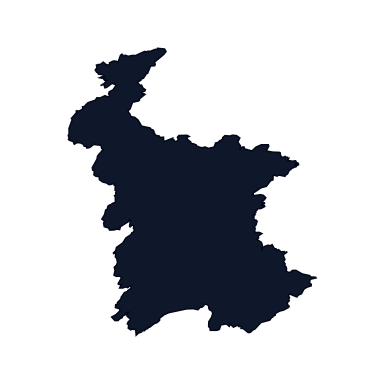 Cuautla, Jalisco, Mexico (Equal Earth projection), rotated 78°
{"feature_id": "50627088B81723111751248", "entity_name": "Cuautla", "entity_type": "district", "adm_level": 2, "iso_a3": "MEX", "parent_name": "Mexico", "parent_adm1": "Jalisco", "projection": "equal_earth", "projection_center": [-104.52, 20.204], "detail": "fine", "context": "isolated", "style": "filled", "palette": "ink", "viewbox_px": 384, "rotation_deg": 78, "n_neighbors": 0, "source": "geoboundaries", "source_scale": "gbopen_adm2", "svg_char_len": 6032}
<svg xmlns="http://www.w3.org/2000/svg" viewBox="0 0 384 384"><g transform="rotate(78 192 192)"><path d="M299.8,93.4L298.1,94.5L295.1,101.2L290.2,106.7L289.6,110.1L291.0,112.5L290.5,114.7L288.8,116.3L286.7,115.4L284.2,115.7L283.5,116.9L281.7,115.8L279.2,117.0L277.3,115.1L273.3,115.9L271.9,114.9L270.8,111.9L270.3,111.9L270.6,113.4L269.4,114.2L269.1,117.3L266.3,119.4L266.8,121.2L265.0,121.6L264.7,122.9L263.6,123.5L260.2,124.5L260.8,127.0L259.8,128.6L260.4,132.7L262.7,135.3L259.4,134.3L255.8,134.5L251.9,138.3L250.8,136.4L248.7,136.3L247.2,132.3L245.4,134.8L244.8,138.5L242.9,138.8L241.1,137.8L238.9,138.1L237.5,136.2L234.1,134.4L232.9,135.1L232.0,137.2L228.6,136.5L227.1,134.9L226.6,136.4L225.1,133.7L223.6,133.5L223.3,132.2L222.0,131.5L222.5,127.9L221.3,123.8L220.5,124.0L220.1,126.4L219.4,126.9L218.6,123.7L217.8,123.3L216.8,124.4L216.9,126.2L215.5,125.5L214.7,122.8L212.9,121.0L210.2,122.8L208.9,125.3L208.3,133.1L207.8,133.8L208.0,132.9L205.2,132.1L205.1,130.6L202.2,123.6L201.9,118.1L197.2,112.6L197.0,110.3L193.6,109.5L192.4,108.4L194.2,105.5L193.5,104.2L193.8,102.8L196.0,97.8L195.2,97.5L194.2,94.8L190.7,92.1L190.7,90.7L189.7,90.0L188.8,84.7L186.6,84.3L186.6,85.6L185.5,84.7L186.5,83.2L187.8,83.1L187.5,82.1L186.0,82.1L185.1,83.5L183.0,84.2L182.7,87.5L180.9,92.0L179.4,90.6L179.5,91.2L177.9,91.2L177.7,92.6L176.5,93.6L177.1,94.7L176.8,96.5L174.9,97.8L171.9,97.6L171.4,98.3L169.7,105.0L167.3,110.8L163.1,107.4L161.9,107.5L161.6,108.6L161.8,106.9L160.2,114.3L161.4,120.1L164.3,124.8L160.8,131.6L158.7,131.8L158.5,133.4L160.0,135.8L157.0,135.0L152.6,136.8L149.1,134.0L146.1,136.7L144.8,140.8L145.2,143.0L143.7,148.1L145.2,150.7L146.7,150.8L146.9,152.4L148.4,153.4L147.6,154.3L148.9,156.2L149.0,158.9L151.3,159.4L151.0,160.1L152.7,160.9L152.7,167.0L150.6,170.0L150.9,172.4L150.3,174.3L148.3,177.6L146.9,178.0L145.5,179.9L144.2,182.8L142.7,182.8L140.0,185.2L137.4,185.8L137.1,183.2L135.5,185.0L134.0,193.1L135.4,194.9L137.9,194.6L139.0,195.4L139.0,198.5L136.6,199.0L135.9,201.1L135.5,200.6L136.8,208.4L135.3,209.0L132.5,208.4L131.9,212.1L130.5,212.3L128.9,215.9L126.4,216.5L125.7,217.4L124.8,216.6L123.5,217.0L122.0,219.1L120.6,219.7L117.1,227.6L110.4,229.8L107.1,232.4L105.5,236.0L101.9,236.8L101.6,237.7L99.1,237.5L97.9,235.3L91.9,231.5L91.8,225.5L91.4,224.3L89.9,224.0L86.7,217.6L85.6,219.1L85.8,221.2L85.0,220.0L83.9,220.5L83.4,217.1L82.3,216.3L80.0,218.4L77.0,219.1L76.8,220.6L73.4,222.7L71.9,218.5L70.8,218.2L70.7,215.9L66.6,211.8L66.7,210.8L60.2,206.4L60.7,202.2L59.4,201.4L57.2,201.7L51.5,190.9L49.2,188.2L46.4,189.1L44.3,195.7L45.3,195.9L44.8,198.2L45.7,203.5L45.1,205.9L45.7,207.4L44.7,208.7L44.8,209.9L46.8,218.9L46.0,221.9L46.0,226.2L44.3,228.9L44.9,230.5L43.9,231.8L43.0,231.3L42.6,232.0L43.5,233.6L49.7,237.4L48.4,238.7L47.5,241.5L48.5,245.9L49.9,246.0L50.6,247.2L49.2,249.8L46.5,251.8L48.3,255.4L47.8,256.7L48.0,259.1L50.4,259.0L52.6,261.3L55.0,260.4L55.6,259.4L57.3,259.0L58.7,254.9L60.1,253.6L61.0,258.6L62.0,256.4L62.0,254.2L63.0,255.0L64.5,254.3L65.1,251.9L67.6,255.5L68.9,259.3L68.4,255.9L72.0,255.5L71.9,253.7L69.1,247.7L71.4,243.8L75.6,247.9L76.8,252.1L78.7,253.2L79.8,252.6L81.1,253.1L81.6,254.2L79.7,257.1L80.9,262.4L80.0,265.4L82.1,267.5L83.0,275.1L85.2,278.6L86.0,278.9L85.9,281.4L87.7,281.4L88.6,282.9L89.3,285.7L88.5,288.2L90.0,288.6L90.8,287.8L90.9,289.2L95.0,294.7L96.3,294.1L104.2,299.1L109.5,300.1L110.9,301.3L114.2,301.0L114.7,301.9L115.9,301.2L118.6,296.7L119.3,297.6L120.8,297.2L119.8,294.4L120.7,291.0L122.7,288.4L124.8,287.9L125.4,285.9L127.1,285.8L127.3,282.9L124.7,277.6L125.4,277.4L127.4,271.3L130.7,271.3L132.2,269.6L133.2,272.2L134.6,272.9L134.9,274.2L137.3,277.0L140.0,278.0L147.5,284.5L150.0,284.6L150.3,283.8L151.7,283.3L154.8,284.4L156.7,282.7L157.5,279.7L160.8,280.0L163.7,277.2L165.4,273.7L167.4,271.9L167.8,270.3L167.4,266.6L169.0,266.8L169.7,265.7L174.2,266.9L175.3,265.6L176.6,266.8L178.8,266.9L179.6,268.6L180.5,268.0L186.2,269.1L186.6,272.3L187.8,274.4L187.5,275.0L188.4,277.2L191.1,278.4L191.7,280.2L195.9,282.2L199.7,285.8L202.2,283.7L204.3,285.0L207.7,285.0L209.9,281.0L212.1,280.6L212.9,276.3L212.7,273.2L213.7,270.6L211.0,269.2L207.7,260.2L205.9,258.6L206.5,258.0L212.6,260.2L213.3,259.8L212.1,257.7L212.4,256.3L213.9,256.2L215.5,256.9L216.9,256.3L218.9,257.3L219.3,259.2L221.0,260.7L223.2,266.2L227.5,270.4L230.5,277.4L233.6,278.9L235.2,281.5L235.9,281.5L236.1,279.2L239.7,280.5L240.9,279.5L245.5,279.5L248.1,281.4L249.4,283.7L252.8,283.6L257.1,285.6L258.8,283.5L259.3,280.2L261.3,278.8L266.4,283.4L267.2,282.9L268.0,280.4L270.8,282.8L271.5,279.9L271.1,276.6L272.2,274.7L270.6,272.0L272.8,271.4L273.6,271.7L275.0,275.2L275.9,275.9L276.3,279.0L280.4,283.3L281.7,283.5L284.7,288.0L286.5,288.2L286.3,290.0L289.1,291.0L291.2,287.1L293.3,287.2L296.2,292.0L297.6,296.6L301.7,294.2L302.4,291.1L301.1,289.2L300.3,286.3L299.0,285.8L298.1,282.4L296.2,281.0L296.5,278.9L298.0,280.9L299.9,281.4L303.9,278.3L305.7,281.4L307.5,282.7L309.3,281.6L311.9,282.7L314.1,280.6L313.7,279.2L314.9,275.7L320.5,276.4L318.9,273.9L318.4,270.2L317.7,270.1L317.4,269.1L317.8,267.3L316.6,265.9L316.4,263.7L315.6,263.6L315.3,261.1L313.0,256.5L312.4,253.0L310.8,250.4L308.7,249.9L306.2,244.6L305.2,239.8L305.2,221.8L306.4,214.9L308.4,210.7L306.6,208.1L306.7,206.0L305.8,204.2L304.3,203.1L305.6,200.1L307.4,199.4L309.6,199.8L311.0,198.7L311.0,197.6L311.3,198.8L312.7,197.2L315.1,197.0L318.6,198.9L322.3,202.5L327.1,203.7L328.8,202.7L331.1,202.9L332.5,196.4L332.1,193.8L328.0,191.5L328.2,185.8L331.2,183.5L330.2,182.6L328.3,182.6L332.8,179.6L331.8,174.9L333.5,174.0L332.9,173.1L334.1,172.0L335.6,172.4L336.2,170.3L341.2,166.3L341.4,164.0L339.7,161.3L339.0,158.8L334.0,151.7L333.5,142.6L331.4,140.3L331.1,138.9L330.1,138.5L330.0,136.4L328.8,136.1L327.7,134.6L326.7,130.9L326.6,127.1L324.9,121.4L323.9,120.7L321.9,122.0L320.1,121.8L318.6,119.5L317.6,120.0L315.6,118.6L313.6,119.3L312.5,118.2L312.2,117.5L316.5,111.3L314.9,109.3L314.3,106.0L310.5,103.0L309.1,99.8L308.6,95.0L307.0,94.5L305.7,96.0L302.0,94.6L301.8,88.5L301.1,88.8L299.8,93.4Z" fill="#0f172a" stroke="#020617" stroke-width="1.5"/></g></svg>